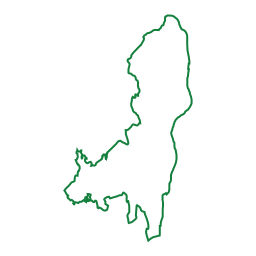 the district of Regidor, Bolívar, Colombia
{"feature_id": "7082276B31703360799100", "entity_name": "Regidor", "entity_type": "district", "adm_level": 2, "iso_a3": "COL", "parent_name": "Colombia", "parent_adm1": "Bolívar", "projection": "equal_earth", "projection_center": [-73.886, 8.725], "detail": "fine", "context": "isolated", "style": "outline", "palette": "green", "viewbox_px": 256, "rotation_deg": 0, "n_neighbors": 0, "source": "geoboundaries", "source_scale": "gbopen_adm2", "svg_char_len": 5762}
<svg xmlns="http://www.w3.org/2000/svg" viewBox="0 0 256 256"><path d="M125.7,130.1L125.9,134.3L127.5,139.2L128.1,141.7L128.3,142.9L128.2,143.7L127.9,144.2L127.6,144.4L126.4,144.3L124.5,143.0L122.5,142.3L120.5,140.8L118.8,141.0L117.8,141.8L115.9,144.2L108.3,151.6L107.3,152.4L107.0,153.1L107.3,153.1L107.1,154.0L106.9,154.9L106.4,155.5L106.4,155.8L106.2,156.0L106.3,156.3L106.8,156.6L106.2,159.0L105.9,158.7L106.0,158.4L105.8,158.5L105.6,157.3L105.8,156.3L105.7,155.3L105.4,154.8L104.8,155.2L104.6,154.8L104.8,154.5L104.2,154.5L104.1,154.9L103.8,155.1L103.4,154.7L102.5,155.9L102.5,156.2L102.2,156.3L102.5,157.0L102.3,157.9L101.7,158.4L101.7,159.2L96.7,162.6L96.1,163.3L95.7,164.8L94.5,165.6L93.8,165.6L92.6,165.1L92.1,165.3L91.4,165.9L91.1,165.9L91.5,164.8L91.6,163.7L91.3,162.7L90.7,161.9L90.3,161.9L88.9,162.4L87.8,163.2L87.0,163.1L86.3,162.7L85.1,161.2L84.9,159.7L85.2,159.0L86.6,158.9L86.7,158.2L85.1,156.7L84.6,155.6L84.0,155.3L83.1,155.3L82.6,156.3L82.2,158.4L81.9,158.5L81.6,158.1L81.6,156.5L82.1,154.8L81.7,153.8L81.0,152.7L81.3,150.4L81.0,150.4L80.0,151.4L78.8,151.7L78.1,151.3L77.3,150.0L77.2,150.9L76.6,151.8L76.5,152.9L76.6,153.3L77.2,153.8L77.5,154.2L77.6,155.4L77.8,156.2L77.8,156.8L77.6,157.6L76.6,159.7L75.7,160.0L76.4,161.5L76.6,162.3L77.3,163.8L77.7,164.2L78.1,164.2L78.4,165.3L79.0,165.4L79.6,166.4L79.6,167.3L79.7,168.5L79.6,169.1L79.1,169.9L79.0,170.8L78.2,171.3L78.0,171.8L77.7,173.5L77.6,175.7L75.8,175.5L75.4,175.9L74.9,177.3L74.6,179.7L74.7,180.5L74.5,181.0L73.9,181.5L71.6,182.4L68.8,185.7L65.8,188.6L64.4,190.5L65.5,192.1L66.0,193.2L66.4,193.7L67.1,195.0L68.2,195.5L68.2,195.9L67.5,196.8L67.5,197.1L67.9,198.1L68.0,198.3L68.6,198.4L70.5,200.4L71.5,199.9L71.9,200.0L73.7,201.6L73.7,202.5L73.2,203.4L74.0,204.3L74.3,204.3L74.5,202.7L74.7,202.3L75.3,202.3L75.9,202.5L76.9,202.4L77.5,202.8L78.4,203.0L79.6,201.8L80.8,201.8L81.2,201.9L84.1,199.8L84.4,201.0L84.7,201.1L85.1,200.7L85.7,201.7L86.0,201.9L86.0,201.4L85.6,200.5L86.9,199.3L86.5,198.7L87.4,199.1L87.5,199.4L87.2,200.7L87.4,201.1L89.0,201.0L89.3,200.8L89.2,200.5L87.0,197.9L86.1,198.1L85.4,197.9L85.8,197.2L86.2,196.8L86.7,196.6L87.5,196.7L87.9,196.0L88.0,195.3L87.7,194.0L89.1,194.1L90.6,194.6L90.5,195.8L90.1,196.5L90.0,197.6L90.5,198.6L90.5,199.7L91.1,200.6L92.1,200.7L93.1,201.9L93.8,202.1L94.2,202.0L95.1,200.7L96.0,200.8L96.4,201.2L97.4,205.2L97.6,207.7L98.3,208.2L99.0,207.5L99.4,207.6L101.3,208.4L102.3,209.4L103.2,210.0L104.2,210.5L105.4,210.6L107.1,209.7L108.1,205.7L105.4,204.0L105.4,201.5L104.9,200.8L104.2,199.3L104.7,198.6L106.8,197.2L107.9,196.9L108.9,196.7L109.2,196.9L109.8,198.3L110.0,198.4L111.8,197.9L113.8,197.2L116.9,196.4L119.4,195.3L121.8,195.1L123.1,192.8L123.3,192.6L124.0,192.8L125.5,194.1L126.5,195.3L126.7,196.3L126.6,200.3L126.9,201.8L127.1,201.9L127.9,201.2L128.2,201.1L128.4,201.4L128.3,202.3L128.6,203.2L129.2,205.5L129.3,212.0L129.0,212.6L127.8,214.4L127.5,215.1L127.4,216.2L128.1,218.8L128.5,222.1L128.8,223.0L131.3,222.3L132.7,221.5L135.4,219.2L136.1,218.4L136.3,217.9L136.3,216.5L135.9,215.8L135.9,215.1L136.6,205.8L136.8,205.3L137.1,205.2L139.6,207.0L140.2,207.8L141.2,210.5L141.6,210.9L143.4,211.7L144.5,212.0L145.0,214.3L146.5,218.0L147.4,221.0L148.0,222.9L148.3,224.8L148.4,226.9L148.3,228.6L148.1,228.9L146.7,228.8L146.0,232.0L146.8,235.7L148.3,240.6L150.9,238.5L153.4,237.1L159.7,235.5L159.8,233.0L159.8,225.9L160.6,225.8L160.8,222.7L161.3,220.6L162.7,216.8L162.7,209.5L163.0,206.0L163.0,202.5L162.5,199.6L162.6,195.5L163.0,194.7L164.2,194.2L165.9,193.2L166.6,194.4L168.7,192.2L169.3,189.9L169.4,183.5L170.8,181.0L171.0,179.2L171.0,174.9L172.1,171.7L172.6,171.0L174.0,167.4L174.4,166.6L175.7,163.2L176.3,160.5L176.5,159.0L176.5,155.0L176.2,153.1L175.8,151.2L175.8,150.2L174.8,148.5L174.6,147.5L174.4,145.7L174.4,142.8L173.5,141.4L172.9,138.7L171.6,135.2L171.2,133.4L171.4,132.0L172.3,129.6L172.5,128.3L173.4,126.2L173.8,124.2L174.2,123.3L174.6,121.8L175.2,121.0L175.5,120.1L178.1,117.3L178.8,117.2L181.2,115.2L183.2,114.3L184.5,113.2L185.2,111.7L187.0,110.2L187.7,110.0L188.8,108.6L190.3,106.2L191.5,103.7L191.6,102.6L191.6,99.5L191.0,96.7L189.8,93.2L189.8,92.2L189.4,91.4L188.9,90.7L188.8,89.8L188.5,89.0L187.9,88.3L187.3,85.6L187.3,78.3L187.5,77.4L187.9,76.6L188.4,71.8L188.9,69.6L188.9,69.1L188.1,68.9L188.8,63.3L189.4,63.4L189.4,61.6L188.8,57.0L187.5,50.4L187.2,44.2L187.2,36.2L186.9,34.5L186.1,32.6L185.2,31.3L183.6,30.0L181.6,29.3L180.8,27.6L180.3,26.9L180.1,26.0L179.3,24.4L178.7,21.6L178.2,20.9L177.3,19.2L173.6,16.3L171.6,15.6L169.3,15.6L168.0,15.4L167.4,15.5L166.3,16.4L165.6,16.4L165.1,17.3L164.9,18.2L165.1,19.3L165.0,20.9L164.1,22.4L163.7,23.6L163.6,24.7L163.3,25.2L162.4,25.4L161.9,25.7L161.1,27.1L160.7,28.1L159.2,29.2L158.8,30.1L155.1,29.9L154.0,30.1L153.2,30.4L151.2,32.0L148.9,33.0L148.1,33.0L147.0,33.5L145.4,34.9L144.3,35.5L143.3,37.1L143.7,37.5L144.0,38.1L143.9,39.4L143.8,39.9L140.7,45.4L140.3,45.4L133.2,52.8L131.3,55.4L131.3,56.6L130.7,57.9L129.4,58.8L128.5,58.9L127.8,59.7L127.6,60.6L127.8,61.3L128.0,61.8L129.3,63.2L129.5,63.6L129.6,64.9L128.5,68.9L128.5,70.5L128.6,71.2L128.4,71.7L128.4,72.5L128.8,73.2L129.1,73.3L131.0,73.7L132.9,75.4L134.1,75.7L134.8,76.2L135.6,77.4L135.8,78.9L136.2,79.8L137.4,80.6L138.1,82.4L137.9,86.0L138.2,86.6L138.3,87.9L139.3,89.3L139.5,90.6L139.5,91.7L138.3,93.4L138.1,94.2L138.1,95.8L137.6,95.8L137.4,95.2L137.0,94.8L135.6,94.4L135.3,94.7L135.2,95.2L135.2,95.7L135.5,97.1L135.4,97.5L134.2,97.9L132.8,96.8L132.3,97.5L131.9,99.2L131.7,101.3L131.2,103.5L131.2,104.8L131.4,106.4L132.4,108.5L133.2,111.1L133.9,112.0L135.7,113.0L136.7,114.6L137.7,115.3L138.1,115.8L138.4,117.2L139.8,120.4L140.2,123.3L139.1,123.3L138.3,124.6L137.4,125.4L136.4,125.4L133.7,124.4L132.9,124.5L132.3,125.0L131.0,126.9L128.4,129.5L126.9,130.2L125.7,130.1Z" fill="none" stroke="#15803d" stroke-width="2"/></svg>